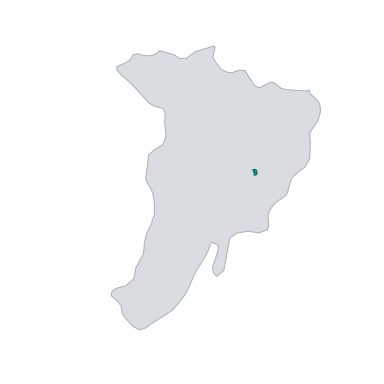 Puñal, Santiago, Dominican Republic (highlighted), rotated 105°
{"feature_id": "3306468B15896052245603", "entity_name": "Puñal", "entity_type": "district", "adm_level": 2, "iso_a3": "DOM", "parent_name": "Dominican Republic", "parent_adm1": "Santiago", "projection": "robinson", "projection_center": [-70.606, 19.379], "detail": "fine", "context": "in_parent", "style": "filled", "palette": "teal", "viewbox_px": 384, "rotation_deg": 105, "n_neighbors": 0, "source": "geoboundaries", "source_scale": "gbopen_adm2", "svg_char_len": 2169}
<svg xmlns="http://www.w3.org/2000/svg" viewBox="0 0 384 384"><g transform="rotate(105 192 192)"><path d="M63.8,259.8L64.1,244.6L66.3,238.5L64.3,232.0L55.4,225.1L50.0,216.2L45.2,208.3L46.3,207.2L56.0,206.8L59.4,203.9L65.9,195.9L67.2,189.4L66.6,184.5L62.4,178.6L60.8,172.4L66.0,167.0L72.8,159.2L73.8,156.2L73.6,153.2L65.7,144.9L65.2,141.3L68.9,132.3L68.5,126.4L64.9,107.8L63.1,105.0L66.7,103.5L69.0,97.9L72.1,93.0L76.2,90.3L80.9,88.7L90.2,88.8L103.0,93.1L106.6,93.0L118.9,89.1L129.2,87.0L138.8,89.4L142.7,92.8L150.6,98.1L154.6,99.7L167.2,99.6L170.6,100.1L181.1,108.9L190.0,112.4L195.2,112.6L204.4,109.2L209.0,109.3L214.2,116.9L215.3,127.6L219.7,137.4L226.4,143.6L259.6,141.0L267.0,146.2L264.5,150.4L259.8,152.7L244.0,151.7L237.1,152.2L235.8,156.4L235.7,160.4L245.0,161.3L254.0,163.3L263.2,166.4L272.6,168.6L283.2,170.0L293.6,172.3L311.0,180.0L330.2,197.6L335.4,201.6L338.8,207.1L337.2,213.8L330.4,224.9L326.5,228.5L320.8,230.7L317.0,235.2L313.2,243.0L311.0,243.6L308.3,243.3L303.6,238.9L300.3,232.2L291.0,225.8L280.0,226.6L263.8,222.9L254.0,224.7L244.2,225.1L234.1,223.2L224.0,222.5L213.9,224.9L204.2,229.0L200.6,231.6L194.3,237.9L191.0,240.2L167.1,243.4L160.3,238.8L153.9,232.4L144.8,231.6L131.5,236.5L123.2,238.2L119.8,240.4L118.8,242.8L118.8,251.6L116.9,257.0L103.9,277.3L96.6,291.6L93.6,296.1L90.1,297.0L83.8,288.8L79.7,285.8L74.7,284.3L72.5,279.9L72.6,273.7L71.3,267.7L68.2,262.9L63.8,259.8Z" fill="#d9dde1" stroke="#a8b0b8" stroke-width="1"/><path d="M158.9,134.8L158.5,134.6L158.3,134.5L158.1,134.4L157.8,134.3L157.6,134.3L157.3,134.3L157.1,134.4L156.9,134.5L156.7,134.4L156.6,134.2L156.4,134.1L156.1,134.4L156.2,134.7L156.2,135.3L155.8,135.4L155.1,135.4L154.8,135.5L154.3,135.7L154.0,136.0L154.0,136.6L154.1,137.4L154.5,138.2L154.9,138.6L154.9,138.2L155.0,138.0L155.0,137.9L155.1,137.6L155.3,137.5L155.5,137.5L155.8,137.6L156.0,137.7L156.3,137.7L156.5,137.7L156.9,137.5L157.0,137.4L157.0,137.2L157.1,136.9L157.3,136.7L157.5,136.5L157.6,136.4L158.0,136.3L158.2,136.2L158.3,136.2L158.5,136.2L158.8,136.3L159.0,136.4L159.3,136.4L159.4,136.2L159.3,135.8L159.2,135.6L159.0,135.3L159.0,135.0L158.9,134.8Z" fill="#14b8a6" stroke="#0f766e" stroke-width="1.5"/></g></svg>